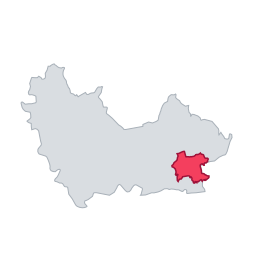 location of Gaoual within Guinea, rotated 170°
{"feature_id": "GIN-5639", "entity_name": "Gaoual", "entity_type": "Prefecture", "adm_level": 1, "iso_a3": "GIN", "parent_name": "Guinea", "parent_adm1": "", "projection": "mercator", "projection_center": [-13.344, 11.72], "detail": "fine", "context": "in_parent", "style": "filled", "palette": "rose", "viewbox_px": 256, "rotation_deg": 170, "n_neighbors": 0, "source": "natural_earth", "source_scale": "10m", "svg_char_len": 5942}
<svg xmlns="http://www.w3.org/2000/svg" viewBox="0 0 256 256"><g transform="rotate(170 128 128)"><path d="M157.7,168.8L155.6,168.6L154.6,169.0L151.8,172.3L150.2,173.5L147.6,173.1L146.6,173.4L145.9,173.0L146.9,171.2L148.2,167.6L151.7,164.0L151.7,163.2L150.3,161.1L148.8,158.2L148.8,155.2L148.6,152.9L145.5,152.3L145.0,151.9L144.9,151.2L146.6,147.3L146.7,146.5L146.5,145.8L144.7,143.9L141.7,140.2L136.7,132.7L134.9,131.1L133.1,128.9L132.4,127.4L130.5,126.9L113.1,127.0L112.7,128.9L106.7,130.3L103.0,128.7L98.9,129.6L96.9,130.6L95.3,135.0L94.5,135.9L93.6,137.9L92.8,139.0L91.9,141.1L89.9,144.2L87.9,146.2L84.4,147.3L83.3,150.5L82.5,151.7L81.1,152.6L79.7,153.3L76.8,152.6L75.2,153.2L74.9,152.4L75.8,149.8L75.1,148.5L72.4,145.8L72.1,144.6L71.3,142.9L67.7,139.5L64.3,139.7L65.2,136.8L65.2,133.0L64.0,130.9L64.3,128.8L63.7,128.9L62.6,130.4L60.8,129.9L57.1,127.7L55.2,125.5L55.0,123.6L54.6,122.9L53.5,123.2L51.2,123.2L44.1,119.9L39.1,111.5L39.0,109.6L39.7,106.3L39.6,105.4L37.3,107.6L36.8,106.1L35.1,102.8L34.6,100.8L32.9,100.0L31.5,99.8L30.5,100.5L29.1,104.4L28.1,104.4L27.0,103.5L27.2,100.6L29.9,96.9L34.5,87.6L36.1,85.4L37.1,84.7L39.2,84.6L43.4,83.4L48.5,80.5L52.5,80.7L57.1,80.3L63.1,78.3L63.2,72.1L63.0,70.7L60.9,69.4L59.6,68.3L58.5,66.9L57.2,66.0L57.3,64.9L59.9,63.6L62.4,63.6L63.2,63.1L63.8,62.2L64.5,59.9L64.8,57.5L63.2,54.3L63.2,52.0L72.1,52.4L77.0,53.0L81.0,53.2L81.6,53.7L81.0,55.9L81.5,57.2L82.9,57.6L85.1,56.0L86.3,56.4L88.8,58.3L91.1,58.8L93.6,59.8L96.0,60.4L98.1,60.3L99.7,61.4L102.7,61.8L106.5,60.4L109.5,59.8L113.7,59.6L115.9,60.1L122.3,59.0L127.4,59.6L126.6,60.4L124.3,65.4L124.5,66.3L129.7,70.5L130.9,70.8L132.3,70.3L134.5,68.3L136.2,66.2L137.9,65.1L139.9,65.2L141.4,66.7L145.1,73.0L146.0,73.8L146.9,73.8L148.5,72.6L149.3,71.2L152.7,67.1L157.9,65.0L170.4,69.8L172.2,70.1L173.3,69.8L174.8,66.9L179.5,64.5L181.7,63.9L183.0,63.8L183.5,63.0L183.8,61.9L183.5,60.7L182.1,58.5L182.0,57.9L182.8,57.5L184.6,57.2L186.9,57.4L189.5,58.3L191.7,59.7L192.9,61.3L195.2,67.9L197.8,73.1L197.7,80.1L198.9,80.8L200.2,81.1L200.8,81.6L202.0,84.5L203.2,85.4L204.7,85.6L207.3,87.4L209.1,88.1L209.3,88.7L209.3,89.4L208.6,90.4L206.0,92.3L204.7,94.0L202.1,97.9L202.0,98.6L202.5,99.2L203.6,99.3L204.8,99.0L207.2,97.6L209.2,98.1L211.0,99.2L211.7,100.3L211.9,101.8L211.4,103.7L211.4,105.9L212.0,109.6L212.9,113.3L213.9,114.6L220.0,117.8L220.6,119.0L220.9,120.4L220.5,122.3L219.9,123.3L216.5,126.2L216.0,127.5L216.3,130.1L216.5,140.8L217.8,142.6L219.4,143.5L223.1,143.0L223.0,146.0L222.5,149.3L224.6,150.4L225.7,151.4L226.3,152.3L222.9,154.1L221.9,155.1L221.5,157.9L221.6,160.5L226.2,162.3L227.9,164.5L228.7,166.7L229.0,170.9L228.6,171.9L227.4,171.9L225.1,169.3L221.5,169.1L218.9,168.6L214.5,168.9L213.8,169.7L213.2,175.3L214.3,176.2L216.4,177.3L217.8,177.7L218.9,177.6L219.8,178.3L220.0,180.1L219.4,181.5L218.2,182.7L216.8,185.9L217.1,188.9L214.6,193.6L213.9,194.5L210.6,193.6L208.5,193.3L206.9,194.5L204.8,192.6L204.4,191.2L203.6,190.9L202.2,190.9L200.8,191.7L200.3,193.2L200.0,196.2L197.6,199.1L195.9,202.7L193.9,202.3L193.5,202.8L191.4,203.7L189.6,204.0L189.1,203.0L188.1,202.2L186.9,200.7L185.6,199.5L183.1,198.6L182.1,199.0L180.9,198.9L180.1,198.4L180.2,197.7L181.6,195.8L182.3,194.1L182.7,192.2L182.7,190.5L182.0,188.0L180.9,186.0L180.6,184.8L180.7,183.2L180.5,181.6L180.1,180.8L179.6,177.9L178.9,177.4L178.5,175.1L178.6,172.7L177.7,171.8L176.1,171.1L175.2,170.2L174.7,169.2L174.1,168.9L173.6,168.9L173.2,169.6L172.7,169.7L171.8,167.5L171.4,167.4L170.8,167.9L163.7,170.4L162.8,168.3L161.4,167.9L159.1,168.7L157.7,168.8Z" fill="#d9dde1" stroke="#a8b0b8" stroke-width="1"/><path d="M61.1,63.8L62.9,63.7L63.7,63.4L64.2,62.7L64.9,64.2L64.9,64.4L65.3,64.4L67.0,63.5L67.4,63.2L67.6,63.1L67.8,63.0L68.5,63.1L68.6,62.8L68.8,62.8L69.1,63.0L70.2,63.3L69.9,62.5L69.9,62.3L70.2,62.5L70.4,62.7L70.7,63.1L71.0,63.2L71.7,62.3L72.0,62.3L72.3,62.2L72.9,62.5L73.1,62.9L72.9,63.1L72.7,63.2L72.5,63.3L72.6,63.8L72.8,64.1L73.1,64.3L73.5,64.6L73.7,64.9L73.9,65.3L74.1,65.7L74.1,66.2L73.8,67.1L73.8,67.6L73.9,68.0L74.1,68.4L74.3,68.7L74.5,69.0L74.8,69.1L75.1,69.1L75.1,68.9L75.0,68.6L74.9,68.3L75.3,68.2L75.6,68.5L75.7,68.8L75.7,69.2L75.7,69.6L75.7,69.8L76.0,70.1L76.5,70.3L77.4,70.5L82.7,70.5L83.1,69.8L83.7,69.3L84.3,68.6L86.1,68.6L86.9,68.0L87.5,67.2L87.9,66.6L88.3,67.3L88.5,67.8L88.5,68.2L88.1,71.2L87.9,71.6L87.0,73.3L87.0,73.5L87.3,73.7L87.5,73.8L87.8,73.8L87.9,73.6L88.2,73.2L88.3,73.1L88.5,73.0L88.8,73.0L89.1,73.5L89.2,73.8L89.3,74.0L89.2,74.2L89.2,74.3L88.5,75.6L88.3,76.9L88.3,77.6L88.5,78.7L88.5,79.2L88.5,79.4L88.6,79.6L88.7,79.8L89.0,79.9L89.1,80.0L89.2,80.3L89.4,80.6L89.5,80.8L89.7,81.0L89.8,81.2L89.9,81.3L90.0,81.4L90.1,81.5L91.1,81.9L91.2,82.0L91.3,82.1L91.3,82.3L91.3,82.6L91.3,82.8L91.3,83.1L91.3,83.3L91.0,83.5L90.8,83.7L90.2,83.9L89.9,84.1L88.7,85.8L88.1,86.2L86.5,87.0L86.4,87.1L85.7,87.7L85.4,88.0L85.1,88.1L85.0,88.4L84.9,88.7L84.5,90.1L84.2,90.6L83.6,91.5L83.5,91.8L84.1,94.2L82.1,94.1L81.9,94.2L80.8,94.6L78.4,95.2L77.0,95.3L76.8,95.3L76.5,95.1L76.5,94.9L76.0,89.7L75.6,89.5L75.4,89.5L75.2,89.5L73.5,89.2L72.4,88.8L71.2,88.9L70.8,88.7L70.5,88.7L68.1,88.7L67.7,88.8L67.3,89.0L66.6,89.3L66.3,89.5L66.1,89.7L66.0,89.9L65.7,89.9L65.3,90.0L64.9,90.0L64.5,89.9L64.3,89.9L64.2,89.8L63.9,89.7L62.8,89.9L61.5,90.4L61.1,90.8L60.2,89.3L59.0,89.0L58.3,88.4L58.0,86.9L57.6,85.3L56.6,84.6L55.3,84.6L54.5,84.0L54.5,83.2L55.2,82.3L55.4,81.1L55.9,80.9L57.1,80.2L57.3,80.0L57.9,80.3L58.5,80.3L58.9,80.0L59.3,79.5L59.4,79.2L59.4,78.6L59.3,78.3L59.4,78.1L59.8,78.1L60.0,78.3L60.1,78.9L60.4,79.0L60.8,79.1L60.8,79.3L60.7,79.5L60.9,79.7L61.4,79.8L62.1,79.7L62.8,79.4L63.2,79.1L63.4,78.7L63.5,77.5L63.5,77.0L63.1,73.7L63.2,72.5L63.4,71.4L63.4,70.9L63.1,70.4L62.8,70.3L61.9,70.1L61.4,69.9L61.1,69.7L60.5,69.0L60.3,68.8L60.3,68.6L60.1,68.4L59.4,68.1L59.1,67.9L58.6,67.4L58.1,67.1L57.5,66.9L56.8,66.8L56.6,66.7L56.7,66.4L56.7,65.8L56.8,65.5L57.4,64.8L59.0,64.0L59.7,63.5L60.2,63.2L61.0,63.0L61.4,63.1L61.1,63.8Z" fill="#f43f5e" stroke="#9f1239" stroke-width="1.5"/></g></svg>